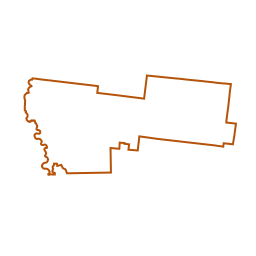 Cervenia, Teleorman, Romania, rotated 7°
{"feature_id": "2599482B58778725619949", "entity_name": "Cervenia", "entity_type": "district", "adm_level": 2, "iso_a3": "ROU", "parent_name": "Romania", "parent_adm1": "Teleorman", "projection": "albers", "projection_center": [25.475, 43.834], "detail": "fine", "context": "isolated", "style": "outline", "palette": "amber", "viewbox_px": 256, "rotation_deg": 7, "n_neighbors": 0, "source": "geoboundaries", "source_scale": "gbopen_adm2", "svg_char_len": 5119}
<svg xmlns="http://www.w3.org/2000/svg" viewBox="0 0 256 256"><g transform="rotate(7 128 128)"><path d="M234.6,110.5L233.6,110.5L225.4,110.6L224.9,110.6L224.8,109.1L224.8,105.6L224.8,103.7L224.8,101.0L224.9,96.9L224.9,96.4L224.9,94.6L224.8,83.9L224.7,81.7L224.7,78.9L224.7,76.8L224.8,71.9L219.6,72.0L215.8,72.2L214.1,72.2L213.7,72.3L207.8,72.3L207.6,72.3L207.2,72.3L206.8,72.2L205.1,72.3L199.2,72.4L194.9,72.4L185.0,72.7L184.8,72.7L183.3,72.7L181.6,72.7L180.2,72.8L178.8,72.8L174.9,72.8L171.3,72.9L168.7,73.0L140.4,73.6L140.4,96.9L112.5,96.8L93.2,96.9L93.2,90.2L90.5,90.1L86.3,90.1L69.0,90.2L44.8,90.3L35.5,90.4L30.4,90.3L27.7,90.4L27.1,90.4L27.0,91.0L27.0,91.3L26.9,91.6L26.6,91.5L26.4,91.7L25.5,92.0L25.2,92.2L25.0,92.3L24.9,92.4L24.9,92.6L24.0,93.2L23.9,93.6L23.8,94.1L23.8,94.7L23.9,95.2L24.1,95.6L24.2,95.8L24.3,96.1L24.6,96.3L24.9,96.7L25.5,97.1L25.8,97.3L26.1,97.4L26.3,97.6L26.6,97.7L27.2,98.2L27.1,98.4L26.8,98.5L26.0,98.8L25.9,98.9L25.7,99.3L25.4,99.5L25.1,99.9L24.9,100.1L24.8,100.3L24.6,100.6L24.4,101.0L24.3,101.4L24.2,101.6L24.2,101.9L24.2,102.1L24.4,102.4L24.4,102.6L24.6,103.2L24.7,103.4L24.8,103.8L24.8,104.2L25.0,104.6L25.1,105.2L25.1,105.3L24.6,105.4L24.1,105.3L23.7,105.6L23.3,105.6L23.0,106.0L22.8,106.3L22.2,106.9L21.8,107.5L21.5,107.8L21.5,108.0L21.4,108.2L21.4,108.4L21.4,109.8L21.4,110.2L21.6,110.9L22.0,111.9L22.3,112.8L22.4,113.0L22.6,113.7L22.7,115.0L22.7,115.9L22.8,116.3L22.8,116.7L22.9,117.4L23.0,118.0L22.9,118.7L22.9,119.0L23.0,119.7L23.1,120.6L23.1,121.0L23.3,121.7L23.3,122.3L23.3,122.8L23.6,123.2L24.1,123.4L24.3,123.5L24.5,123.7L24.7,123.8L24.8,124.2L24.7,124.5L24.6,124.9L24.6,125.0L24.8,125.1L25.0,125.1L25.2,125.3L25.3,125.6L25.5,125.9L25.9,126.2L26.3,126.4L26.4,126.6L26.5,126.8L26.8,127.4L26.9,127.8L26.9,128.0L26.9,128.3L26.8,128.8L26.7,129.1L26.7,129.5L26.5,129.9L26.2,130.2L26.1,130.3L26.1,130.6L26.1,130.8L26.0,131.0L26.3,131.5L26.4,132.1L26.5,132.3L26.7,132.5L27.1,132.7L27.4,133.0L27.6,133.2L27.8,133.4L28.1,133.6L28.3,133.7L28.5,133.7L28.8,133.5L29.0,133.8L29.4,133.9L29.7,133.9L29.9,133.9L30.3,133.7L30.5,133.6L30.7,133.3L30.8,133.2L30.7,132.9L30.8,132.7L31.0,132.5L31.1,132.3L31.2,132.2L31.4,132.1L31.5,132.1L31.9,132.2L32.0,132.2L32.3,132.2L32.4,132.3L32.5,132.4L32.7,132.2L32.9,132.2L33.1,132.0L33.3,131.9L33.5,131.9L33.6,132.0L33.9,132.2L34.0,132.2L34.3,132.1L34.5,132.1L34.5,132.3L34.7,132.6L34.8,133.1L35.0,133.4L35.2,133.6L35.3,133.8L35.3,134.1L35.4,134.3L35.5,134.4L35.6,134.5L36.0,134.5L36.4,135.1L36.7,135.6L37.3,136.4L37.6,136.9L37.7,137.1L37.7,137.3L37.7,137.7L37.6,138.0L37.3,139.3L37.3,139.7L37.3,140.1L37.5,140.5L38.0,140.9L38.4,141.0L39.0,140.9L39.4,140.9L39.7,141.0L40.1,141.1L40.6,141.4L41.0,141.7L41.2,142.0L41.4,142.4L41.4,142.8L41.4,143.4L41.3,143.7L41.1,144.1L40.9,144.3L40.6,144.5L40.3,144.6L40.0,144.6L39.4,144.5L38.9,144.5L37.7,144.5L37.4,144.8L36.9,145.2L36.4,145.6L36.2,145.9L36.1,146.2L36.1,146.6L36.2,147.3L36.5,147.9L36.8,148.6L37.5,149.4L37.8,149.7L38.1,149.8L38.5,149.9L39.1,150.0L39.6,149.9L40.2,149.6L40.7,149.6L41.1,149.6L41.5,149.6L42.0,149.7L42.6,150.1L43.6,151.1L43.9,151.4L44.0,151.8L44.0,152.0L43.9,152.6L43.6,153.8L43.7,154.2L43.7,154.6L43.9,154.8L44.0,155.0L44.3,155.2L44.6,155.3L45.3,155.3L45.8,155.3L46.0,155.2L46.6,154.8L46.9,154.7L47.4,154.6L47.9,154.6L48.2,154.7L48.7,154.9L49.0,155.1L49.2,155.3L49.4,155.8L49.5,156.1L49.9,156.6L50.0,156.8L50.0,157.1L50.0,157.3L49.9,157.6L49.6,157.7L49.1,157.8L48.5,157.9L48.2,158.1L47.8,158.5L47.6,158.8L47.6,159.1L47.6,159.5L47.8,159.9L48.1,160.4L48.9,161.3L49.5,162.3L49.8,162.9L49.8,163.1L49.8,163.3L49.7,163.9L49.4,164.7L49.2,165.2L49.1,165.4L49.0,165.7L49.0,165.8L49.1,166.0L49.3,166.2L49.7,166.4L50.4,166.7L51.2,167.0L51.5,167.3L51.7,167.5L52.2,168.4L52.3,168.6L52.4,168.8L52.5,168.9L52.4,169.1L52.4,169.4L52.3,170.1L52.2,170.5L52.2,170.8L52.1,171.0L51.9,171.4L51.6,171.8L51.1,172.2L50.9,172.4L50.4,172.5L49.8,172.6L49.5,172.7L49.2,172.8L48.6,173.3L48.2,173.7L47.8,174.2L47.5,174.7L47.4,175.1L47.3,175.7L47.2,176.3L47.3,176.6L47.4,176.9L47.7,177.3L48.1,177.7L48.5,178.1L49.1,178.4L49.5,178.5L49.9,178.6L50.1,178.6L50.5,178.5L50.9,178.4L51.6,178.4L52.3,178.4L52.7,178.5L53.2,178.6L53.7,178.9L54.3,179.3L54.8,180.0L55.2,180.5L55.5,180.9L55.6,181.2L55.6,181.7L55.5,182.1L55.5,182.4L55.3,182.6L54.7,183.2L54.5,183.5L54.5,183.8L54.6,184.0L55.3,184.1L55.5,183.8L55.9,183.6L57.0,183.4L57.6,183.4L58.6,183.4L59.7,183.2L60.1,183.2L60.5,183.1L61.0,183.1L61.0,182.2L60.9,181.8L60.8,181.6L60.6,181.5L58.9,181.1L58.7,181.1L58.4,180.7L58.2,180.3L58.2,180.0L58.2,179.7L58.2,179.4L58.2,179.2L58.4,178.8L58.6,178.4L58.7,178.1L58.6,177.8L58.6,177.6L58.3,177.3L58.2,177.1L58.2,176.8L58.1,176.6L58.0,176.2L58.0,175.6L58.0,175.4L58.1,175.1L58.4,174.8L58.7,174.6L58.8,174.5L58.9,174.3L59.0,173.8L59.0,173.1L58.9,172.4L61.8,172.1L62.4,174.2L65.8,173.0L66.3,172.8L68.2,175.7L68.5,175.9L70.1,176.4L71.0,176.7L71.8,178.2L73.0,180.4L116.5,174.3L113.1,150.0L121.9,149.7L121.6,143.5L126.4,143.4L126.4,144.1L131.1,144.1L131.1,149.5L140.4,149.1L140.3,134.9L158.5,135.2L196.8,134.9L215.1,134.7L224.8,134.9L224.8,131.5L234.1,131.4L234.5,122.4L234.6,110.5Z" fill="none" stroke="#b45309" stroke-width="2"/></g></svg>